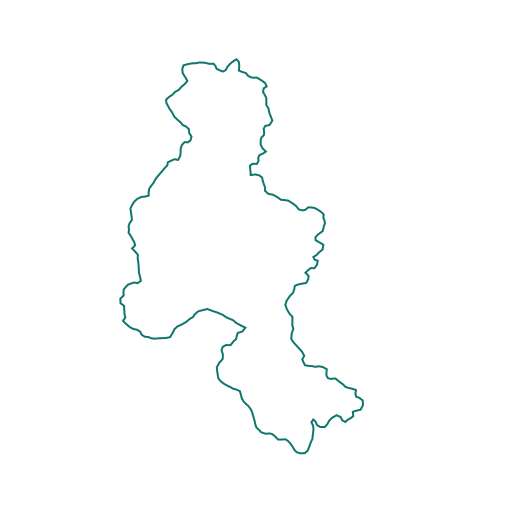 Jampruca, Minas Gerais, Brazil (Albers equal-area conic projection), rotated 221°
{"feature_id": "56859067B52389882389753", "entity_name": "Jampruca", "entity_type": "district", "adm_level": 2, "iso_a3": "BRA", "parent_name": "Brazil", "parent_adm1": "Minas Gerais", "projection": "albers", "projection_center": [-41.751, -18.479], "detail": "fine", "context": "isolated", "style": "outline", "palette": "teal", "viewbox_px": 512, "rotation_deg": 221, "n_neighbors": 0, "source": "geoboundaries", "source_scale": "gbopen_adm2", "svg_char_len": 4451}
<svg xmlns="http://www.w3.org/2000/svg" viewBox="0 0 512 512"><g transform="rotate(221 256 256)"><path d="M143.1,126.8L139.5,126.7L136.3,126.4L132.1,128.2L129.7,130.7L127.1,132.2L123.2,132.4L119.0,131.9L116.2,134.3L113.5,137.0L110.2,137.4L106.8,137.0L102.7,135.9L99.4,134.8L96.5,134.6L93.2,136.1L89.9,139.1L89.3,143.0L90.7,147.1L92.4,151.3L93.4,154.9L95.4,157.7L97.2,160.5L99.6,163.7L102.1,165.6L105.1,166.9L105.5,170.2L102.3,170.0L99.1,168.5L95.5,169.0L91.9,172.0L91.8,175.9L92.7,179.4L92.4,184.0L90.7,188.7L86.5,190.0L83.1,188.6L79.6,189.4L79.4,192.3L78.2,195.6L77.5,199.0L80.7,201.9L79.0,204.8L76.2,208.6L77.5,213.8L80.7,217.0L85.1,216.7L88.3,215.5L90.8,217.5L92.6,220.4L95.5,219.3L99.3,217.3L102.6,215.9L106.3,216.2L111.1,215.7L115.7,215.7L118.7,212.5L121.4,211.0L124.3,211.9L126.3,214.2L128.3,217.0L132.9,216.0L136.5,213.8L138.2,211.5L141.5,209.6L144.3,207.5L147.4,205.7L150.6,207.0L153.3,208.4L154.1,212.3L158.3,213.9L162.9,214.5L167.2,215.0L171.6,215.5L175.1,216.6L178.3,221.1L180.1,225.6L183.2,227.6L185.7,230.6L188.6,234.0L193.1,234.5L197.9,236.1L201.8,238.4L203.6,242.6L204.2,248.2L203.9,252.6L205.3,256.0L207.1,258.8L205.7,261.9L203.3,265.1L200.4,268.7L201.4,272.9L203.2,275.5L207.7,275.8L207.4,279.4L206.7,282.9L203.9,285.0L204.2,289.3L206.4,293.0L209.0,291.7L212.0,292.8L210.9,296.7L210.9,299.7L210.0,304.6L212.6,308.7L217.6,307.8L221.4,307.0L223.5,309.4L223.3,313.1L222.0,318.5L224.2,322.9L225.4,325.8L227.5,327.7L230.4,329.1L232.1,331.8L235.1,332.0L239.4,331.5L243.0,330.8L245.6,329.3L248.5,327.0L249.1,323.0L251.1,320.7L254.6,319.2L258.0,320.0L261.0,319.9L264.3,319.5L267.9,319.0L271.2,316.9L274.1,314.8L278.7,314.4L283.4,313.4L287.4,311.0L292.0,311.1L294.0,313.7L296.6,315.0L299.8,316.9L302.9,319.2L306.4,319.0L310.0,317.1L313.1,313.6L315.2,315.8L317.3,317.7L319.8,320.1L319.2,323.2L315.7,326.1L316.6,329.6L318.7,331.4L319.6,334.5L317.9,338.0L317.1,341.3L321.6,341.5L325.5,343.1L328.5,346.5L329.7,349.2L329.3,352.2L331.0,354.8L333.6,357.0L334.4,360.2L331.7,363.8L332.5,368.9L335.5,370.5L339.5,372.6L343.6,375.6L347.4,376.8L349.7,379.6L352.0,382.1L355.3,383.4L358.3,384.4L360.2,387.6L359.2,390.9L362.6,392.5L366.4,392.2L372.2,391.3L374.8,389.0L377.2,387.4L380.3,386.8L383.9,387.4L386.5,386.1L390.6,384.7L393.5,388.7L396.6,391.4L399.9,391.6L401.1,387.4L401.6,384.1L401.7,380.0L400.8,376.3L402.0,373.5L405.3,372.3L408.6,371.4L411.2,372.8L414.2,373.2L417.3,370.4L421.5,368.2L425.5,365.1L427.9,361.9L430.1,360.0L432.0,357.8L434.1,355.0L435.8,352.3L434.2,348.6L431.5,346.0L428.7,345.1L425.8,344.3L422.6,343.0L422.6,339.0L423.3,334.6L423.2,331.0L424.7,326.8L424.9,322.9L426.0,318.9L426.4,314.9L424.0,312.7L420.8,311.5L418.1,310.4L414.5,309.6L411.8,308.7L408.9,307.5L404.5,307.3L400.2,307.4L397.5,306.7L393.8,307.8L389.9,307.7L387.0,304.9L383.1,303.9L381.3,300.3L382.0,297.1L384.6,295.1L384.8,291.1L382.8,286.9L380.4,284.2L378.7,281.5L377.9,277.3L380.9,275.7L382.6,272.2L384.0,268.8L382.4,266.2L382.6,262.6L382.5,258.1L382.5,253.7L382.4,248.9L381.4,244.2L381.1,240.2L380.7,236.7L378.8,233.6L376.6,231.2L378.4,228.5L381.3,225.3L383.1,221.2L383.5,217.1L383.1,213.9L381.9,209.4L377.9,206.0L375.4,203.8L373.3,201.7L372.9,197.8L371.7,194.9L369.3,192.7L367.3,189.9L363.7,189.0L360.6,187.9L357.1,186.6L354.2,184.8L354.5,180.4L349.8,180.0L345.9,179.4L343.7,176.5L341.1,174.4L338.1,171.5L335.6,169.0L333.5,166.7L329.8,164.2L326.6,161.8L327.5,157.8L330.4,156.2L332.0,153.7L333.9,150.1L333.9,147.0L333.9,144.0L332.1,141.5L330.0,139.4L330.4,134.8L327.3,131.5L322.8,131.8L320.1,128.9L317.1,125.9L314.3,123.8L313.8,119.8L310.2,119.5L307.1,119.5L304.1,119.6L300.5,120.5L297.7,122.2L293.8,122.9L290.4,121.5L286.8,122.2L284.1,124.2L281.3,125.1L278.7,126.7L276.5,129.0L273.5,131.9L270.3,134.9L267.6,138.4L268.5,143.6L269.5,147.1L269.2,150.8L267.2,155.4L265.4,160.4L264.7,165.2L263.5,168.4L263.9,171.8L263.4,176.0L261.8,178.6L259.9,181.2L258.1,184.0L255.4,185.0L252.0,186.3L248.8,187.7L245.8,188.7L242.5,189.8L238.4,190.2L234.8,191.3L231.1,192.5L226.9,192.5L221.6,193.7L217.0,194.9L216.8,190.1L219.3,185.9L217.9,182.8L216.5,180.2L217.0,177.0L216.7,172.0L220.3,169.0L221.5,165.6L220.2,162.3L216.2,159.8L213.6,156.4L213.6,151.4L212.6,146.3L209.5,143.4L206.9,141.2L204.0,138.9L199.9,138.3L196.1,138.6L192.0,139.5L189.1,140.3L186.3,140.8L183.3,142.3L179.5,143.4L176.1,141.2L173.7,139.5L170.2,138.1L167.4,137.8L163.5,137.8L159.7,137.0L156.5,135.6L153.7,133.8L151.0,132.0L148.4,130.3L146.1,128.5L143.1,126.8Z" fill="none" stroke="#0f766e" stroke-width="2"/></g></svg>